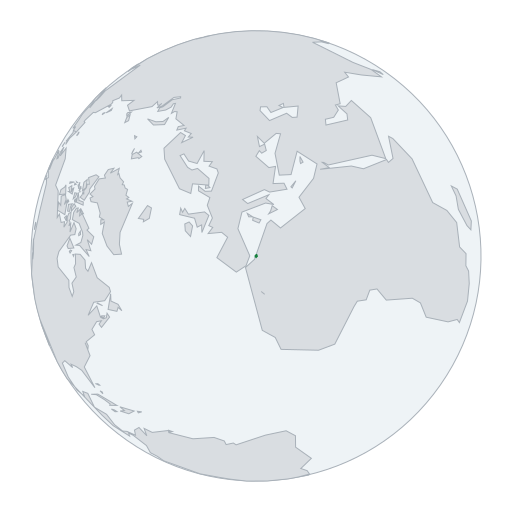 the Earth from above Aïn Témouchent, rotated 305°
{"feature_id": "DZA-2144", "entity_name": "Aïn Témouchent", "entity_type": "Province", "adm_level": 1, "iso_a3": "DZA", "parent_name": "Algeria", "parent_adm1": "", "projection": "orthographic", "projection_center": [-1.072, 35.355], "detail": "fine", "context": "on_globe", "style": "filled", "palette": "green", "viewbox_px": 512, "rotation_deg": 305, "n_neighbors": 0, "source": "natural_earth", "source_scale": "10m", "svg_char_len": 9986}
<svg xmlns="http://www.w3.org/2000/svg" viewBox="0 0 512 512"><g transform="rotate(305 256 256)"><circle cx="256" cy="256" r="225" fill="#eef3f6" stroke="#a8b0b8"/><path d="M76.9,119.4L86.6,107.5L93.4,100.0L95.9,97.6L112.5,82.5L130.9,70.9L125.3,75.0L130.3,72.3L137.8,67.3L141.4,64.7L169.0,53.0L194.8,42.9L199.4,40.0L201.1,40.9L207.5,36.4L219.2,33.8L208.1,36.7L208.6,37.2L217.7,35.0L220.1,35.1L225.9,34.3L228.1,34.8L221.5,37.1L222.7,37.7L229.0,36.2L235.2,36.2L225.7,38.2L235.5,38.6L226.1,44.0L199.1,51.2L195.9,56.6L173.5,71.1L177.6,70.9L171.7,77.1L174.3,79.5L169.4,82.1L175.6,81.8L179.6,79.1L183.7,78.2L185.6,79.5L179.7,82.8L177.9,82.6L177.1,84.3L173.3,85.5L176.3,85.7L168.9,89.9L178.9,87.8L175.2,93.0L169.6,95.3L166.8,92.2L146.6,92.0L140.0,94.4L133.6,100.2L128.8,116.6L122.9,120.9L117.5,128.6L122.3,127.2L128.2,120.8L135.7,120.8L142.1,113.5L146.1,112.7L154.0,106.9L156.5,111.0L154.6,118.3L148.1,123.5L147.1,127.1L156.2,125.1L147.1,138.4L146.1,153.8L143.3,157.3L132.6,157.7L125.0,149.6L111.1,152.5L123.8,154.2L116.7,163.7L117.0,167.0L119.6,168.8L123.7,166.8L122.0,171.1L108.9,170.4L110.2,166.5L114.3,166.5L110.8,163.1L101.8,163.7L98.9,169.0L88.5,166.1L86.3,170.0L82.8,172.0L87.0,165.7L79.2,177.2L66.6,179.0L55.7,199.6L62.4,178.8L62.3,172.2L61.3,166.6L59.4,169.8L60.6,159.4L57.2,158.8L49.2,171.6L43.5,186.3L42.8,195.8L45.7,191.8L47.0,197.0L39.5,210.4L40.6,224.4L36.7,236.8L36.1,247.1L38.3,250.9L40.1,260.1L43.7,256.3L48.4,258.5L46.1,269.7L50.6,263.2L52.0,272.2L62.8,284.3L61.3,285.9L70.1,309.2L83.3,325.7L86.3,336.1L84.4,339.7L89.8,344.7L89.9,348.0L114.7,366.5L130.1,380.9L131.4,391.4L122.1,398.1L122.0,417.4L107.6,414.6L109.5,421.0L108.1,424.9L98.6,416.9L107.2,425.0L106.9,424.9L91.9,410.3L78.3,394.5L66.2,377.4L57.9,361.9L53.5,352.6L45.5,335.2L35.3,297.8L35.3,290.0L34.3,282.3L37.9,275.0L38.7,258.2L37.9,253.2L36.0,255.8L35.1,236.4L37.2,221.7L47.1,171.7L50.9,162.8L55.3,153.9L80.7,114.6L64.1,138.1L76.9,119.4ZM52.2,205.7L53.8,227.8L49.8,221.8L51.1,221.4L51.4,214.3L50.8,204.7L48.2,200.3L52.2,205.7ZM59.9,200.5L59.4,197.6L60.3,199.6L59.9,200.5ZM142.6,63.7L137.7,67.3L130.0,72.0L133.9,69.0L142.6,63.7ZM157.5,56.0L155.9,57.3L150.3,59.4L153.0,58.0L157.5,56.0ZM202.1,38.3L197.6,39.7L201.1,38.4L202.1,38.3ZM226.4,34.1L226.9,33.8L229.7,33.6L226.4,34.1ZM152.1,105.1L153.0,106.0L151.1,106.6L152.1,105.1ZM154.7,101.9L151.8,102.0L152.6,100.5L154.4,100.5L154.7,101.9ZM235.5,34.3L239.8,34.3L234.3,34.6L235.5,34.3ZM158.1,102.2L154.4,97.9L155.9,95.4L163.8,93.3L158.1,102.2ZM241.6,34.6L252.2,35.3L254.2,34.4L254.5,37.7L245.4,35.8L238.2,36.1L242.1,35.3L241.6,34.6ZM180.1,77.7L175.9,80.6L177.7,77.1L180.1,77.7ZM180.2,75.7L179.7,67.0L186.8,63.6L185.5,67.0L193.3,62.1L197.0,64.7L193.5,68.0L188.2,69.5L193.7,69.4L180.2,75.7ZM252.9,39.8L254.5,40.5L251.6,40.2L252.9,39.8ZM185.5,77.6L184.7,75.9L190.8,72.8L193.4,75.6L190.6,75.7L185.5,77.6ZM193.5,59.8L198.5,58.2L202.8,59.8L205.3,59.5L197.7,64.5L193.5,59.8ZM190.2,77.0L194.5,77.1L193.4,79.9L186.6,79.0L190.2,77.0ZM191.3,71.0L194.3,69.7L193.5,71.3L191.3,71.0ZM191.7,90.3L190.7,88.0L193.8,86.2L191.7,90.3ZM196.2,77.0L196.6,76.1L197.7,75.2L200.3,75.9L196.2,77.0ZM201.3,65.4L202.0,66.6L204.6,63.4L208.0,64.8L202.3,68.0L206.2,67.2L207.2,67.7L201.3,69.9L201.3,65.4ZM206.2,74.0L200.0,79.1L201.2,83.5L198.5,85.2L197.1,77.9L206.2,74.0ZM203.9,71.3L204.7,73.3L200.9,74.2L198.0,73.5L203.9,71.3ZM212.4,64.7L208.7,61.7L210.1,61.2L212.4,64.7ZM207.3,75.0L208.7,73.8L207.8,75.2L207.3,75.0ZM211.6,67.6L210.1,66.5L211.8,65.9L211.6,67.6ZM212.9,72.4L210.9,74.0L208.9,73.4L212.9,72.4ZM212.9,70.0L215.5,69.4L209.3,72.3L212.0,69.6L212.9,70.0ZM213.4,67.1L213.9,66.4L213.8,67.7L213.4,67.1ZM221.8,73.9L214.5,77.6L210.0,76.3L217.7,72.8L221.8,73.9ZM308.1,36.8L304.3,36.6L281.9,34.8L291.7,35.3L291.8,36.0L296.7,36.9L303.4,37.6L302.8,37.1L325.3,44.7L346.0,51.7L339.0,47.7L340.1,47.5L355.4,53.8L370.0,61.7L383.9,70.6L397.2,80.4L404.5,86.7L399.2,82.4L408.5,90.7L410.9,92.6L406.1,88.0L417.5,99.0L428.2,110.7L438.0,123.2L446.9,136.3L454.8,150.0L461.8,164.3L467.7,179.0L472.6,194.0L469.3,184.6L471.6,193.8L469.0,186.9L463.5,179.7L465.5,192.8L470.2,224.4L474.8,243.2L474.7,256.0L464.8,238.6L457.4,223.2L455.7,229.1L443.9,222.3L429.0,237.6L425.2,234.4L422.8,239.7L414.2,240.1L407.8,234.4L403.4,238.2L420.0,253.1L424.6,249.0L426.1,237.2L430.0,243.7L438.1,244.9L435.1,270.6L410.2,306.4L405.1,293.2L372.0,263.0L371.5,257.8L371.2,257.3L370.7,256.5L370.4,265.3L363.8,258.8L384.4,282.5L389.1,294.0L409.9,307.6L408.6,310.8L414.5,312.3L430.1,295.9L430.7,300.7L425.1,328.1L401.1,370.1L402.8,386.2L398.5,401.2L380.2,417.6L378.4,426.7L368.4,433.5L365.6,438.8L355.7,446.5L340.4,455.1L318.1,460.8L319.4,457.2L312.2,451.1L303.5,430.5L311.9,417.6L311.1,408.3L294.6,388.0L298.4,374.0L293.3,368.8L283.3,371.4L277.1,364.9L270.7,365.3L229.0,371.1L214.7,361.3L193.9,330.1L200.3,318.5L198.7,303.8L240.5,254.0L252.5,256.7L288.9,246.4L294.0,247.6L293.0,260.0L323.1,269.1L328.8,257.5L352.6,258.6L366.4,253.2L365.4,229.6L342.8,238.0L335.6,228.7L351.0,212.7L370.2,206.0L368.0,202.2L353.1,198.1L354.7,188.6L347.6,196.1L352.6,198.9L348.3,203.9L343.5,201.7L344.2,198.3L337.6,198.7L335.8,215.8L340.6,220.6L325.1,228.4L331.7,237.2L328.5,243.1L316.2,230.5L315.2,224.8L294.6,212.6L294.2,219.1L313.6,231.4L308.8,231.2L308.4,241.1L304.9,233.5L283.9,219.3L268.0,225.5L252.6,250.8L242.3,253.4L231.5,249.1L232.2,224.9L255.1,222.0L255.7,214.3L246.9,203.9L254.6,204.2L253.8,199.9L262.1,198.5L269.6,187.0L277.4,184.7L276.4,171.5L280.3,168.8L279.8,177.2L283.6,182.3L302.4,177.5L304.9,174.0L302.7,166.0L308.2,166.1L303.7,159.0L312.6,153.1L298.0,154.7L295.1,146.3L298.3,138.4L294.7,136.2L289.4,149.1L289.7,154.2L294.2,157.9L292.6,173.0L287.0,176.7L278.7,162.6L269.8,166.7L267.2,154.7L282.9,125.7L291.5,118.8L313.9,123.4L314.2,129.1L306.3,130.1L317.2,136.3L314.6,132.3L319.2,132.7L317.5,125.5L320.6,125.4L313.7,118.9L317.4,118.1L321.7,122.2L322.4,111.7L328.9,108.7L327.6,106.4L324.3,104.9L334.8,102.5L333.3,101.0L329.3,101.1L323.8,98.3L318.1,92.6L322.1,92.1L324.7,94.1L336.0,97.8L342.2,103.6L343.3,102.9L338.8,97.8L325.0,93.1L320.4,89.9L327.0,91.3L324.3,90.5L323.3,88.8L326.0,86.8L318.7,85.1L302.3,69.1L305.8,64.3L313.5,66.8L306.2,57.0L310.8,53.6L307.1,53.5L301.1,49.6L299.5,50.6L297.3,50.3L281.2,42.2L280.4,40.4L269.3,38.1L267.4,38.2L267.3,39.3L254.5,37.7L254.2,34.4L258.6,34.1L255.5,32.7L265.8,32.7L272.9,32.4L286.0,34.0L290.5,34.1L288.7,33.6L293.5,33.9L301.2,35.3L308.1,36.8ZM229.9,280.6L229.6,285.1L229.9,280.6ZM393.3,210.0L403.0,204.5L393.8,193.7L396.7,190.9L392.5,188.5L393.1,193.0L382.1,185.9L384.5,179.3L380.8,174.2L377.4,175.9L374.7,189.4L390.5,199.2L390.3,206.2L393.3,210.0ZM63.2,284.6L64.2,288.2L62.2,286.3L63.2,284.6ZM47.7,225.3L48.7,228.3L48.8,231.4L47.6,229.9L47.7,225.3ZM60.8,247.9L62.8,251.8L60.0,249.6L60.8,247.9ZM54.4,231.0L59.1,245.1L53.8,242.3L51.1,233.6L53.9,236.9L54.4,231.0ZM56.1,205.6L56.4,208.1L55.3,209.6L56.1,205.6ZM60.6,202.1L60.2,201.6L60.7,199.1L60.6,202.1ZM117.5,163.7L118.5,163.9L120.3,166.5L118.0,166.7L117.5,163.7ZM137.3,170.7L134.2,177.5L134.8,172.5L130.9,173.8L127.4,165.5L141.7,158.6L135.9,163.0L137.3,170.7ZM126.7,153.3L127.3,158.8L126.1,153.1L126.7,153.3ZM241.4,179.3L245.5,181.7L244.3,186.8L234.4,191.2L236.1,183.6L241.4,179.3ZM251.7,184.0L246.1,169.7L252.0,166.9L249.7,170.8L254.1,170.4L251.5,176.6L262.6,188.6L262.2,194.1L244.2,198.2L250.3,193.6L245.9,191.3L251.7,184.0ZM221.6,143.0L219.3,138.1L235.1,138.2L235.4,142.8L225.6,147.0L219.4,144.1L221.6,143.0ZM172.9,100.0L171.0,99.1L172.6,98.0L175.6,97.9L172.9,100.0ZM191.0,89.4L182.9,103.2L180.3,102.7L178.7,112.1L171.3,114.6L172.6,108.4L165.6,117.7L163.8,113.1L159.9,119.7L163.5,105.5L161.6,102.2L166.6,104.8L173.5,102.4L175.9,100.4L181.3,92.4L180.5,84.7L187.3,81.6L192.2,81.5L193.4,82.9L188.7,84.3L193.7,85.2L187.7,88.4L191.0,89.4ZM246.4,89.3L240.3,89.2L249.4,93.7L243.5,96.0L244.9,96.4L242.0,99.9L240.8,105.0L237.7,105.5L238.6,107.3L236.6,109.9L236.9,112.6L231.2,114.6L231.0,118.3L228.5,117.2L229.7,123.0L226.3,119.6L223.4,123.0L228.2,124.5L197.4,131.1L187.2,137.4L180.4,144.8L175.5,138.7L178.7,128.2L186.3,117.1L196.9,112.3L192.8,110.7L196.7,108.1L198.3,110.4L198.1,105.3L201.7,103.8L208.5,95.6L205.9,89.7L208.3,86.8L211.1,88.4L211.6,84.5L218.5,85.7L220.4,83.8L229.2,83.3L233.5,87.9L235.3,85.5L242.1,85.4L246.4,89.3ZM224.2,73.9L230.8,78.4L230.8,81.9L215.5,81.4L212.9,82.9L203.1,83.3L203.3,78.2L206.1,78.5L208.8,77.7L207.7,79.6L210.7,77.5L214.6,77.9L218.0,76.5L219.2,78.3L224.2,73.9ZM297.8,242.2L301.4,242.1L306.5,240.4L306.4,246.9L297.8,242.2ZM283.3,232.8L286.3,231.4L288.5,239.2L284.8,239.6L283.3,232.8ZM285.9,224.4L286.2,230.8L283.9,227.6L285.9,224.4ZM282.3,175.8L285.2,174.2L286.3,175.9L285.6,179.0L282.3,175.8ZM272.0,105.4L268.6,104.2L269.0,103.1L264.1,98.2L268.1,96.4L272.6,98.7L272.0,105.4ZM362.7,234.9L359.9,240.7L357.3,239.5L358.8,237.7L362.7,234.9ZM332.7,244.9L340.5,245.5L332.5,246.6L332.7,244.9ZM275.6,102.6L273.1,100.7L276.6,101.1L275.6,102.6ZM270.7,95.0L274.5,94.8L268.0,95.7L270.7,95.0ZM426.2,382.5L408.2,412.3L400.7,417.0L401.9,411.4L410.3,395.0L420.0,385.4L425.4,375.8L426.2,382.5ZM475.4,244.3L478.0,251.7L477.6,256.2L475.4,244.3ZM306.1,88.5L308.5,97.0L312.9,102.7L319.5,105.0L311.2,105.7L304.5,96.9L306.1,88.5ZM302.4,71.4L296.6,69.9L298.3,68.6L299.9,68.7L302.4,71.4ZM299.4,71.9L293.8,74.0L290.0,72.0L295.2,70.7L299.4,71.9ZM284.9,87.5L285.3,90.0L282.5,89.6L284.9,87.5ZM346.2,49.6L337.5,46.7L333.7,45.4L338.9,46.5L340.4,47.1L341.8,47.7L343.3,48.3L346.2,49.6ZM256.3,39.9L254.7,40.4L254.6,39.7L256.3,39.9ZM296.6,51.0L293.6,50.5L293.6,49.4L296.6,51.0ZM285.2,48.8L287.2,50.3L283.4,48.9L285.2,48.8ZM292.2,54.0L287.3,51.1L294.3,53.6L292.2,54.0Z" fill="#d9dde1" stroke="#a8b0b8" stroke-width="1"/><path d="M255.1,256.1L255.3,256.0L255.3,255.9L255.4,255.6L255.5,255.5L255.6,255.2L255.8,255.1L255.9,254.9L255.9,255.0L256.0,255.2L256.1,255.3L256.1,255.5L256.0,255.8L256.1,255.7L256.3,255.7L257.1,255.5L257.3,255.6L257.4,255.8L257.3,256.0L257.0,256.1L256.9,256.3L256.7,256.4L256.6,256.5L256.6,256.8L256.4,256.8L256.2,257.1L255.4,256.6L255.2,256.7L255.2,256.4L255.2,256.2L255.1,256.1Z" fill="#22c55e" stroke="#15803d" stroke-width="1.5"/></g></svg>